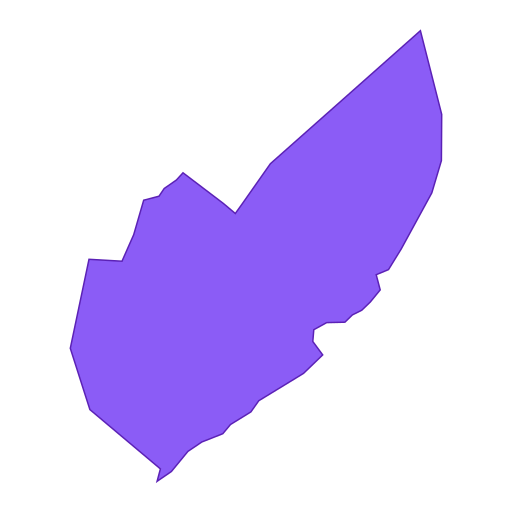 Coronel João Pessoa, Rio Grande do Norte, Brazil (Albers equal-area conic projection)
{"feature_id": "56859067B20102167049206", "entity_name": "Coronel João Pessoa", "entity_type": "district", "adm_level": 2, "iso_a3": "BRA", "parent_name": "Brazil", "parent_adm1": "Rio Grande do Norte", "projection": "albers", "projection_center": [-38.419, -6.251], "detail": "fine", "context": "isolated", "style": "filled", "palette": "violet", "viewbox_px": 512, "rotation_deg": 0, "n_neighbors": 0, "source": "geoboundaries", "source_scale": "gbopen_adm2", "svg_char_len": 632}
<svg xmlns="http://www.w3.org/2000/svg" viewBox="0 0 512 512"><path d="M441.7,114.4L420.4,30.7L270.4,163.7L241.9,204.3L235.3,213.5L223.3,203.4L183.0,172.8L176.4,180.0L164.2,188.5L159.0,196.2L143.7,200.2L133.7,234.7L122.0,261.2L89.0,259.3L70.3,348.3L89.9,409.6L160.4,468.9L157.1,481.3L171.4,471.5L187.9,451.4L201.8,442.0L222.8,433.7L230.5,424.5L250.9,411.9L258.8,400.7L296.3,377.8L303.6,373.3L322.7,354.9L312.8,341.5L313.8,329.7L326.7,322.6L344.9,322.2L352.4,314.9L361.8,310.2L370.3,302.0L380.2,289.9L376.2,274.7L388.5,269.6L401.2,249.0L431.8,192.9L441.4,160.6L441.7,114.4Z" fill="#8b5cf6" stroke="#5b21b6" stroke-width="1.5"/></svg>